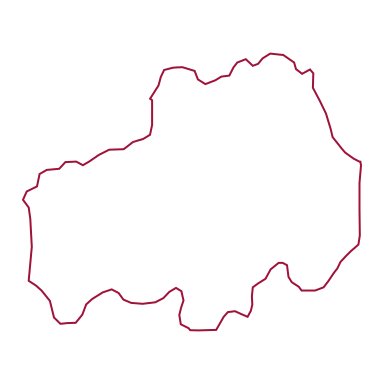 the district of Ljungby, Kronoberg, Sweden
{"feature_id": "70781695B43314679953791", "entity_name": "Ljungby", "entity_type": "district", "adm_level": 2, "iso_a3": "SWE", "parent_name": "Sweden", "parent_adm1": "Kronoberg", "projection": "mercator", "projection_center": [13.859, 56.853], "detail": "fine", "context": "isolated", "style": "outline", "palette": "rose", "viewbox_px": 384, "rotation_deg": 0, "n_neighbors": 0, "source": "geoboundaries", "source_scale": "gbopen_adm2", "svg_char_len": 1548}
<svg xmlns="http://www.w3.org/2000/svg" viewBox="0 0 384 384"><path d="M28.7,190.5L26.7,191.5L23.0,199.8L28.7,207.5L30.3,218.9L31.8,246.8L28.7,280.8L28.8,280.9L35.9,285.5L41.6,290.6L49.9,300.9L54.0,317.5L60.4,323.8L67.3,323.1L75.7,322.8L82.3,314.7L86.2,304.4L92.2,299.0L102.7,292.4L111.7,289.4L118.6,293.0L123.4,299.6L131.2,302.9L142.6,303.8L155.3,302.3L163.4,298.1L169.4,291.8L176.0,287.9L181.4,291.2L183.5,300.5L181.1,307.7L179.3,315.0L180.8,324.3L188.6,328.2L190.2,330.2L198.4,330.4L216.2,329.9L223.7,316.8L227.9,312.1L235.0,311.2L241.1,314.0L247.6,316.8L250.9,310.7L252.3,304.6L251.9,296.2L252.8,287.3L258.0,283.5L265.5,278.8L270.6,269.4L278.6,262.9L282.8,262.9L287.0,265.2L288.5,276.9L291.7,282.1L298.8,286.8L301.6,290.5L315.2,290.5L323.6,287.3L328.3,281.2L334.0,272.7L337.3,268.5L340.5,261.9L346.2,255.8L350.9,251.1L358.4,244.6L359.8,235.6L359.8,234.4L359.5,209.2L359.5,183.1L361.0,165.4L360.4,161.9L360.2,162.0L353.7,158.7L345.2,152.6L341.9,148.8L332.6,137.1L330.7,129.1L326.0,113.6L319.9,101.0L312.9,87.8L313.3,73.3L310.0,69.5L302.1,73.8L296.0,69.1L294.1,62.5L283.3,55.0L270.2,53.6L262.7,58.3L258.0,63.9L252.8,65.8L245.8,59.2L237.3,62.5L233.6,67.2L229.3,75.6L221.4,76.6L215.3,80.3L205.4,84.1L197.9,79.4L194.6,70.9L182.4,67.2L177.4,67.4L173.0,67.7L164.1,70.0L160.8,77.0L158.5,85.5L150.1,98.7L152.1,100.2L152.1,125.0L150.0,134.8L143.3,138.9L133.0,142.0L123.7,149.2L109.2,149.7L98.9,154.9L89.1,161.6L82.9,165.2L76.2,161.6L65.4,162.1L59.2,168.8L46.8,169.9L39.6,174.0L37.0,186.4L28.7,190.5Z" fill="none" stroke="#9f1239" stroke-width="2"/></svg>